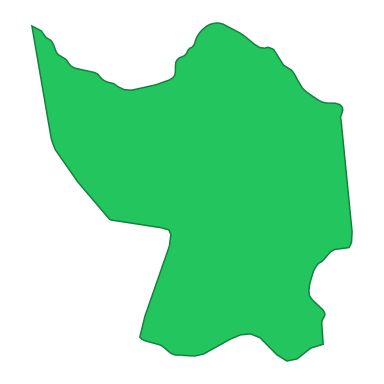 an SVG outline of Misiones
{"feature_id": "PRY-609", "entity_name": "Misiones", "entity_type": "Department", "adm_level": 1, "iso_a3": "PRY", "parent_name": "Paraguay", "parent_adm1": "", "projection": "mercator", "projection_center": [-57.038, -26.955], "detail": "fine", "context": "isolated", "style": "filled", "palette": "green", "viewbox_px": 384, "rotation_deg": 0, "n_neighbors": 0, "source": "natural_earth", "source_scale": "10m", "svg_char_len": 1746}
<svg xmlns="http://www.w3.org/2000/svg" viewBox="0 0 384 384"><path d="M194.7,356.0L184.0,355.5L181.6,355.1L175.3,355.0L175.2,355.0L172.2,354.0L169.7,352.4L162.4,346.2L159.7,344.8L147.2,341.4L144.6,340.6L141.7,339.1L139.8,337.1L139.9,336.7L144.9,316.3L169.3,246.4L170.9,234.7L168.9,229.9L161.0,227.7L111.4,220.1L109.3,219.0L77.9,182.1L55.3,149.7L52.9,143.7L51.2,138.4L31.9,26.0L41.2,30.8L45.7,37.2L47.6,38.5L50.7,40.3L52.3,42.4L53.8,45.3L55.7,50.7L56.7,52.8L58.5,54.9L65.4,59.0L67.3,61.0L68.9,63.7L71.0,66.1L74.7,68.1L94.5,72.5L98.1,74.4L100.0,77.0L102.8,79.7L106.6,81.8L113.9,83.7L118.3,86.9L124.2,89.6L131.5,90.2L155.5,84.9L169.6,79.9L173.2,77.5L175.0,74.6L175.4,71.1L175.4,66.4L175.8,62.3L177.4,59.5L179.7,57.7L183.7,56.1L185.6,54.5L186.7,53.3L187.1,51.9L188.0,50.4L189.5,48.4L192.4,47.0L193.7,45.3L194.8,43.1L195.5,40.3L197.1,36.6L199.6,32.7L202.8,29.3L207.1,25.9L208.7,25.0L210.8,24.1L213.7,23.4L216.5,23.0L219.0,23.1L221.4,23.6L223.4,24.3L239.6,32.8L245.4,36.8L254.5,44.3L259.6,47.5L264.7,48.2L267.9,47.2L271.3,48.4L273.7,49.5L283.5,65.1L291.4,70.1L293.0,72.1L295.4,75.8L297.6,80.1L302.6,88.4L307.1,92.5L318.7,100.4L322.7,102.2L326.7,103.1L335.3,103.2L339.9,104.6L342.3,107.2L342.8,109.8L342.2,112.4L341.0,115.7L340.6,117.2L340.6,117.9L341.1,120.5L352.1,231.9L351.5,242.5L349.0,247.6L335.1,249.4L333.2,250.2L330.6,251.8L323.5,259.8L321.2,261.9L318.5,263.4L315.9,266.6L313.4,271.4L309.7,283.9L308.9,290.5L309.4,295.6L311.1,298.2L313.0,300.5L322.6,309.6L323.9,311.4L324.9,313.7L324.8,315.4L323.9,317.3L323.1,318.6L322.0,321.0L321.7,322.8L323.2,344.3L310.9,348.0L296.9,359.0L286.8,361.0L286.7,360.9L276.9,354.8L260.1,337.8L250.5,333.9L240.5,334.9L230.6,339.0L203.6,354.0L194.7,356.0Z" fill="#22c55e" stroke="#15803d" stroke-width="1.5"/></svg>